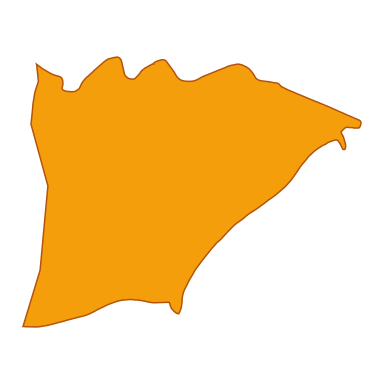 Dennery Village, Dennery, Saint Lucia
{"feature_id": "8701671B98909054283677", "entity_name": "Dennery Village", "entity_type": "district", "adm_level": 2, "iso_a3": "LCA", "parent_name": "Saint Lucia", "parent_adm1": "Dennery", "projection": "mercator", "projection_center": [-60.891, 13.911], "detail": "fine", "context": "isolated", "style": "filled", "palette": "amber", "viewbox_px": 384, "rotation_deg": 0, "n_neighbors": 0, "source": "geoboundaries", "source_scale": "gbopen_adm2", "svg_char_len": 5638}
<svg xmlns="http://www.w3.org/2000/svg" viewBox="0 0 384 384"><path d="M36.5,64.2L36.7,65.0L38.4,81.4L34.9,92.1L34.5,94.7L33.2,102.4L32.8,106.1L32.7,107.4L32.3,111.7L31.0,124.3L31.5,126.0L31.7,126.7L47.9,185.9L45.9,207.4L40.1,270.2L23.0,326.5L24.4,326.6L25.4,326.7L26.3,326.7L27.5,326.7L28.2,326.7L28.7,326.8L29.5,326.8L30.3,326.8L30.8,326.8L31.7,326.9L32.4,326.8L33.6,326.9L34.3,326.9L35.4,326.9L36.4,326.9L37.1,326.9L37.7,326.9L38.3,326.8L38.8,326.8L39.3,326.7L40.3,326.6L41.2,326.4L42.1,326.3L43.2,326.1L44.3,325.9L45.3,325.7L46.0,325.6L47.2,325.4L48.4,325.2L49.1,325.0L50.3,324.7L50.7,324.6L51.7,324.3L52.8,324.1L54.2,323.7L55.3,323.4L56.7,323.0L57.8,322.7L58.9,322.4L59.4,322.3L60.7,322.0L61.2,321.9L62.9,321.4L64.0,321.2L64.4,321.0L65.0,320.8L66.3,320.4L67.4,320.1L68.9,319.7L70.3,319.3L70.8,319.2L71.5,319.0L73.1,318.6L74.3,318.3L75.5,318.0L77.6,317.4L78.6,317.2L79.3,317.0L80.0,316.8L80.5,316.7L81.7,316.4L82.8,316.1L83.8,315.9L84.5,315.7L85.7,315.3L86.1,315.1L86.6,315.0L87.9,314.5L88.8,314.1L90.1,313.6L91.0,313.1L92.2,312.5L93.1,312.1L94.0,311.6L94.7,311.2L95.3,310.9L95.8,310.6L96.7,310.1L97.6,309.6L98.4,309.2L98.8,309.0L99.3,308.8L99.9,308.5L100.4,308.2L101.5,307.7L102.4,307.3L103.6,306.7L104.5,306.3L105.1,306.0L106.3,305.4L106.7,305.2L107.4,304.9L107.9,304.6L108.5,304.4L109.6,304.0L110.6,303.6L112.0,303.1L112.5,302.9L113.6,302.5L114.7,302.2L115.6,301.8L116.8,301.4L117.3,301.3L118.2,301.1L118.8,300.9L119.3,300.8L120.4,300.5L121.9,300.3L122.6,300.2L124.1,300.0L125.3,299.9L126.3,299.8L127.3,299.7L128.2,299.6L129.2,299.6L130.1,299.5L131.3,299.5L132.3,299.6L133.4,299.7L134.8,299.9L136.0,300.0L136.7,300.0L137.2,300.0L138.2,300.1L138.9,300.2L139.6,300.3L140.0,300.4L140.5,300.4L141.8,300.6L142.7,300.8L143.3,300.9L143.7,301.0L145.1,301.3L146.1,301.5L147.1,301.7L148.5,302.0L149.5,302.2L150.5,302.4L151.4,302.5L152.4,302.6L153.4,302.8L167.9,302.3L168.8,302.3L169.3,302.4L170.3,305.5L170.4,305.9L171.1,307.6L171.5,308.5L174.1,311.4L175.3,312.3L176.4,313.2L178.7,313.8L179.6,312.1L181.2,307.9L182.0,302.6L182.1,300.0L182.2,297.9L182.9,294.4L184.1,290.5L186.8,285.2L189.2,280.3L192.7,274.4L194.8,270.7L196.0,268.8L203.0,259.4L207.6,253.7L211.7,248.5L215.3,244.6L217.0,242.5L219.4,240.7L224.1,235.8L227.4,232.1L231.4,228.1L233.5,225.9L237.1,222.9L240.5,220.6L243.4,218.5L246.4,215.8L248.8,213.9L256.3,209.1L259.4,206.9L263.5,203.9L268.9,199.7L270.8,198.5L273.1,196.9L277.3,193.6L285.5,186.4L291.3,179.9L296.6,172.4L300.9,165.9L306.9,158.8L308.5,156.6L314.3,151.2L317.4,148.9L323.0,145.3L325.5,144.3L327.8,142.6L332.1,140.9L334.3,140.3L336.0,139.9L337.0,140.2L337.9,140.6L339.9,143.4L341.2,146.0L342.6,148.7L342.9,149.4L344.3,149.6L345.3,148.8L345.6,147.2L345.6,145.1L345.3,143.4L343.7,137.9L342.8,135.6L341.9,134.2L341.5,133.7L341.2,131.9L342.3,130.5L344.7,128.2L346.8,127.2L349.8,127.6L352.3,127.6L354.4,128.1L357.0,128.0L358.8,128.0L359.8,127.0L360.8,124.5L361.0,122.8L360.6,121.3L359.9,120.6L359.5,120.3L351.2,116.7L347.4,115.1L343.9,113.5L337.0,110.5L335.1,109.6L330.1,107.4L320.8,103.5L308.2,98.4L304.9,97.0L296.6,93.5L288.2,90.0L282.6,87.2L280.9,86.2L279.7,84.8L279.0,84.2L278.5,83.6L278.0,83.5L276.9,83.1L275.0,82.8L273.5,82.6L272.8,82.5L270.4,82.0L268.7,81.7L264.5,81.2L264.1,81.2L260.7,80.7L258.5,80.0L257.7,79.5L256.7,79.0L255.9,78.3L255.0,76.8L254.6,76.0L253.8,74.7L253.2,73.7L251.6,71.6L249.3,69.0L246.8,67.2L244.3,65.9L241.4,64.7L238.3,64.1L235.7,64.4L233.6,64.9L231.3,65.3L230.7,65.5L228.4,66.1L226.0,67.2L225.4,67.5L221.6,69.0L220.9,69.2L216.3,71.1L202.8,76.6L202.3,76.9L201.4,77.3L200.5,77.8L199.8,78.2L199.0,78.7L198.6,78.9L198.2,79.1L197.4,79.5L196.4,80.0L195.4,80.4L194.6,80.7L194.0,80.8L193.6,81.0L192.6,81.1L191.7,81.3L190.8,81.3L189.8,81.3L188.9,81.4L187.7,81.3L187.1,81.3L186.1,81.2L185.7,81.2L184.8,81.1L184.1,81.0L183.4,80.8L182.4,80.6L181.5,80.3L181.1,80.1L180.6,79.9L180.2,79.7L179.8,79.4L178.8,78.6L178.3,78.2L177.5,77.4L176.9,76.6L176.3,75.8L175.8,74.9L175.3,74.1L174.9,73.3L174.5,72.5L170.1,66.5L166.5,61.5L165.3,60.3L164.5,60.1L163.6,59.8L161.8,59.8L160.1,60.2L159.3,60.4L158.5,60.7L156.9,61.2L155.9,61.7L154.8,62.3L154.0,62.8L153.9,64.0L153.1,64.0L152.6,63.9L147.2,66.8L145.0,68.1L144.3,68.6L143.9,69.0L143.3,69.5L142.8,69.8L142.2,70.3L141.8,70.7L141.2,71.4L140.7,71.9L140.0,73.0L139.5,73.7L139.1,74.2L138.3,75.2L137.9,75.6L137.2,76.3L136.2,77.3L135.8,77.8L135.0,78.5L133.9,79.0L133.3,79.1L132.7,79.1L132.3,79.1L131.5,79.1L130.6,79.0L129.7,78.8L128.7,78.5L127.6,77.8L127.1,77.4L126.4,76.8L125.7,76.1L125.1,75.4L124.6,74.6L121.5,61.1L121.3,60.5L120.8,59.4L119.9,58.4L119.5,58.0L118.3,57.3L117.8,57.2L117.0,57.1L116.3,57.2L115.8,57.2L115.1,57.4L114.1,57.5L112.4,57.9L110.8,58.4L110.2,58.5L109.1,58.7L107.5,59.4L106.8,59.8L106.1,60.3L104.7,61.3L101.9,63.7L94.6,70.1L93.9,70.7L93.3,71.4L92.6,72.0L92.2,72.4L91.5,73.0L90.8,73.7L90.4,74.0L89.7,74.7L88.6,75.7L87.9,76.3L87.0,77.0L86.5,77.5L85.7,78.2L85.2,78.9L84.5,79.6L84.2,79.9L83.7,80.6L83.1,81.3L82.6,82.1L82.0,82.9L81.7,83.5L81.5,83.9L81.0,84.9L80.5,85.9L80.3,86.4L80.0,87.0L79.8,87.7L79.2,88.5L78.6,89.2L77.8,89.7L77.0,90.2L76.3,90.8L75.4,91.2L74.5,91.5L73.6,91.6L72.7,91.7L72.2,91.7L71.4,91.7L70.8,91.7L69.9,91.6L69.0,91.5L68.5,91.5L68.0,91.5L67.0,91.4L65.7,91.1L64.6,90.8L64.1,90.6L63.5,90.3L63.0,89.9L62.5,89.4L62.1,88.8L62.1,87.8L62.3,86.9L62.6,86.0L62.8,85.0L62.9,84.1L62.9,82.9L62.9,82.3L62.7,81.1L62.7,80.5L62.4,79.6L62.1,78.8L61.6,77.9L60.6,77.1L60.1,76.8L59.3,76.5L58.4,76.2L57.4,75.9L56.5,75.7L55.6,75.4L54.5,75.1L53.8,74.8L53.4,74.7L52.9,74.5L52.1,74.2L51.2,73.7L50.3,73.3L49.5,72.8L48.6,72.3L47.8,71.8L47.0,71.3L46.1,70.8L45.1,70.2L44.1,69.7L43.7,69.4L42.8,69.0L36.5,64.2Z" fill="#f59e0b" stroke="#b45309" stroke-width="1.5"/></svg>